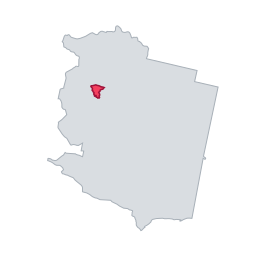 Ghubaish, North Kordufan, Sudan (highlighted), rotated 102°
{"feature_id": "16777658B17931705563902", "entity_name": "Ghubaish", "entity_type": "district", "adm_level": 2, "iso_a3": "SDN", "parent_name": "Sudan", "parent_adm1": "North Kordufan", "projection": "orthographic", "projection_center": [27.423, 12.292], "detail": "fine", "context": "in_parent", "style": "filled", "palette": "rose", "viewbox_px": 256, "rotation_deg": 102, "n_neighbors": 0, "source": "geoboundaries", "source_scale": "gbopen_adm2", "svg_char_len": 4881}
<svg xmlns="http://www.w3.org/2000/svg" viewBox="0 0 256 256"><g transform="rotate(102 128 128)"><path d="M176.6,199.8L174.4,199.9L174.2,199.3L174.2,197.9L174.4,196.8L175.2,195.0L175.0,194.0L175.1,192.6L174.4,191.1L169.0,186.7L167.9,185.5L165.0,184.4L165.5,183.2L164.2,174.0L164.7,172.9L164.8,171.3L164.8,169.9L165.4,167.5L165.5,166.5L159.8,166.5L159.8,167.6L160.1,168.7L160.1,169.1L152.2,169.3L155.4,172.9L155.6,174.4L155.4,176.4L155.5,177.7L155.7,178.5L156.6,180.1L156.5,180.4L156.3,180.8L150.8,185.7L149.9,188.0L149.1,189.2L147.5,191.2L142.4,196.4L141.6,196.7L137.7,197.0L137.3,197.1L137.0,197.3L136.8,197.3L133.4,194.3L127.7,190.7L124.0,192.6L123.0,193.3L123.0,195.1L122.4,196.0L121.4,197.0L118.6,197.6L117.2,198.1L115.5,199.1L113.8,200.8L113.7,201.6L113.9,202.4L104.3,202.4L103.7,201.8L102.3,199.1L101.3,199.3L92.6,198.9L91.3,199.2L88.8,200.3L87.6,200.5L86.3,200.0L81.7,194.6L80.7,194.0L79.7,192.7L78.7,192.1L78.4,191.7L78.3,191.2L78.3,190.0L78.0,189.2L77.3,189.1L71.1,190.3L70.3,190.1L69.0,190.3L68.5,190.5L68.0,191.2L67.9,192.7L67.7,193.4L67.3,194.2L65.5,196.1L65.1,196.8L65.2,198.8L65.0,199.9L64.8,200.3L64.0,201.1L63.7,201.5L63.4,204.1L62.4,205.6L62.2,206.2L62.1,207.3L62.0,207.6L59.2,208.5L58.1,209.0L57.5,209.9L57.3,210.3L56.1,209.9L54.6,209.7L51.7,209.4L50.5,208.9L50.0,208.3L50.2,206.8L49.9,206.4L49.4,206.2L49.1,205.5L49.2,204.7L50.8,202.9L51.1,202.0L51.5,197.5L51.4,196.1L50.3,193.5L47.5,189.1L46.9,188.3L43.4,184.6L43.0,184.1L42.2,182.6L43.2,179.3L43.3,178.4L43.0,177.4L42.2,176.7L41.4,176.6L40.4,175.7L39.7,175.3L39.1,174.5L38.7,173.4L39.1,169.5L38.9,168.9L38.0,168.8L37.8,168.5L37.9,167.8L37.4,165.5L36.9,163.7L37.2,162.7L36.5,161.2L35.1,160.6L32.4,161.0L31.5,160.9L30.9,160.7L30.5,160.1L30.3,159.5L30.5,158.6L31.4,157.0L32.4,155.6L34.4,154.4L34.9,153.8L35.2,153.1L35.3,152.2L35.2,151.3L35.0,150.5L34.4,149.4L33.9,148.2L33.9,147.3L34.2,146.7L34.7,146.0L36.7,144.6L38.8,143.4L39.1,143.0L39.0,142.5L38.1,141.5L37.8,139.6L37.4,138.2L38.4,137.2L39.2,136.9L40.3,136.6L40.8,136.2L41.0,135.4L40.9,134.6L41.4,134.1L42.0,132.8L42.4,132.3L44.0,130.9L44.3,130.0L44.5,129.1L44.1,126.4L45.0,125.3L46.1,124.3L47.8,124.4L50.3,124.3L52.0,123.9L53.2,123.9L56.0,124.5L56.3,124.3L56.4,123.5L57.4,72.4L68.6,72.5L68.8,72.5L69.2,48.4L139.6,48.3L140.1,48.2L141.2,45.9L141.6,45.7L142.4,45.9L142.6,46.4L142.1,48.2L203.1,46.7L203.4,49.4L204.0,51.6L206.0,54.7L207.5,56.3L208.1,57.2L208.2,57.6L208.1,58.0L207.7,57.6L206.9,57.3L206.9,58.8L207.4,61.8L208.2,63.9L207.8,65.8L208.1,69.1L209.1,73.1L209.1,75.6L210.7,81.5L212.2,84.7L212.9,85.5L213.7,85.9L215.2,86.1L217.5,87.7L219.3,89.4L220.0,90.3L220.9,91.3L221.4,91.1L221.8,90.8L222.4,91.6L225.2,93.3L225.7,94.1L224.7,94.9L223.7,96.4L223.2,97.7L222.9,98.1L222.1,98.9L221.9,99.3L221.5,99.6L221.1,99.6L220.2,100.1L219.3,100.0L218.5,100.3L218.2,100.6L217.5,100.9L216.6,101.1L215.2,102.2L214.0,102.8L213.6,103.3L213.1,105.5L212.6,106.1L210.8,106.2L209.9,106.4L208.6,106.2L208.0,106.3L207.9,106.7L207.7,108.6L207.8,109.4L206.9,111.6L207.3,115.6L206.5,118.6L206.4,119.3L205.4,121.7L204.9,122.6L203.8,127.1L203.4,128.5L202.3,129.9L203.9,140.5L203.1,143.8L203.2,145.6L202.6,148.3L202.1,149.5L201.3,151.0L200.7,152.7L200.1,154.9L199.9,159.0L199.7,159.3L196.3,160.0L195.3,160.3L194.6,160.8L193.7,161.8L192.1,164.8L191.2,166.6L189.9,169.0L188.3,170.8L187.9,171.6L187.7,173.2L187.2,175.7L186.7,177.4L186.8,178.8L186.3,181.3L186.4,182.5L185.9,183.1L185.1,183.8L184.6,184.0L182.2,182.4L180.5,183.6L179.5,185.2L178.7,186.8L179.3,190.1L179.2,190.9L179.0,191.7L177.5,195.0L177.1,196.5L176.6,199.2L176.6,199.8Z" fill="#d9dde1" stroke="#a8b0b8" stroke-width="1"/><path d="M104.9,163.6L104.8,163.3L104.6,162.4L104.2,162.3L104.0,162.2L102.7,162.9L101.7,162.5L100.7,162.8L99.3,164.0L99.1,163.8L98.6,163.8L98.4,163.5L98.1,163.1L97.6,163.1L97.2,163.1L96.8,163.0L96.6,163.0L96.0,162.2L95.6,161.5L95.3,160.7L94.3,160.2L93.5,159.8L93.4,159.7L93.3,160.0L93.3,160.3L93.3,160.6L93.2,160.8L93.2,161.0L93.2,161.5L93.2,161.8L93.3,162.1L93.3,162.3L93.3,162.8L93.2,162.8L92.9,164.4L92.8,164.6L92.8,164.8L92.7,165.0L92.7,165.3L92.7,165.9L92.7,166.1L92.7,166.3L92.7,166.7L92.7,167.0L92.7,167.5L92.6,167.9L92.5,168.1L92.5,168.3L92.5,168.5L92.7,168.9L92.9,169.2L92.9,169.3L93.2,169.8L93.4,170.3L93.6,170.7L93.7,170.8L93.8,171.0L93.9,171.3L94.0,171.6L94.2,172.2L94.4,172.8L94.6,172.9L95.2,172.9L95.6,172.4L96.0,171.8L96.3,171.4L96.6,171.2L96.8,171.0L97.2,170.8L98.2,171.0L98.4,171.0L98.7,170.8L98.8,170.6L98.9,170.3L99.1,170.0L99.4,169.9L99.7,169.8L100.1,169.3L100.2,169.1L100.3,168.9L100.4,168.7L100.5,168.6L100.9,168.5L101.1,168.5L101.4,168.5L101.5,168.6L101.8,168.5L102.0,168.5L102.1,168.3L102.4,168.1L102.7,167.7L103.1,167.6L103.4,167.6L103.7,167.4L103.8,167.0L103.7,166.6L103.2,166.4L102.9,166.3L102.8,166.1L103.0,165.9L103.4,165.8L104.1,165.7L104.5,165.4L104.5,165.0L104.5,164.4L104.5,164.0L104.8,163.6L104.9,163.6Z" fill="#f43f5e" stroke="#9f1239" stroke-width="1.5"/></g></svg>